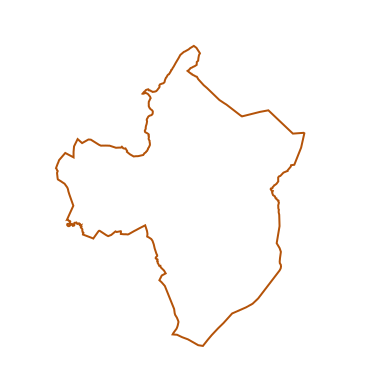 Bagudu, Kebbi, Nigeria (Natural Earth projection), rotated 222°
{"feature_id": "59680162B25890229119009", "entity_name": "Bagudu", "entity_type": "district", "adm_level": 2, "iso_a3": "NGA", "parent_name": "Nigeria", "parent_adm1": "Kebbi", "projection": "natural_earth1", "projection_center": [4.112, 11.314], "detail": "fine", "context": "isolated", "style": "outline", "palette": "amber", "viewbox_px": 384, "rotation_deg": 222, "n_neighbors": 0, "source": "geoboundaries", "source_scale": "gbopen_adm2", "svg_char_len": 5906}
<svg xmlns="http://www.w3.org/2000/svg" viewBox="0 0 384 384"><g transform="rotate(222 192 192)"><path d="M158.6,109.7L157.2,104.6L154.3,104.6L149.3,104.0L127.0,93.1L123.7,90.3L122.2,89.4L119.1,88.5L116.4,87.2L115.1,86.4L113.2,83.1L112.5,81.5L112.0,80.0L111.8,77.8L111.6,75.9L111.4,74.4L111.1,73.2L109.5,74.4L107.6,75.9L102.2,77.5L96.4,79.8L84.9,82.3L80.9,84.9L81.4,92.7L81.6,98.9L81.4,108.2L80.9,115.7L80.9,128.6L74.7,142.3L72.2,149.5L71.6,157.2L74.4,192.3L75.0,194.6L76.0,196.2L77.4,197.4L79.0,197.8L80.3,199.0L82.4,201.8L85.9,207.0L89.3,208.9L94.8,210.6L104.1,225.2L112.0,233.5L113.9,234.8L115.0,236.0L115.5,236.9L116.6,237.4L117.5,238.2L118.1,238.9L118.8,239.5L119.4,240.5L119.7,241.2L120.2,242.1L120.6,242.5L121.5,242.6L122.0,243.5L123.0,243.3L124.4,243.2L124.9,243.3L125.1,243.7L126.0,243.4L127.5,244.2L129.7,243.9L132.0,245.1L132.3,246.1L132.6,246.7L133.2,246.1L135.5,246.8L135.7,247.4L134.8,248.6L135.3,249.6L135.2,251.1L135.4,251.9L135.0,252.9L134.7,254.6L134.8,255.9L135.0,257.6L136.0,258.6L137.7,260.5L137.8,261.8L137.1,263.1L137.0,267.6L135.4,271.0L135.0,271.5L135.4,272.0L135.6,277.0L136.3,278.2L134.2,280.7L140.6,298.0L147.8,310.8L148.6,310.7L156.1,302.9L189.9,303.8L195.1,297.0L205.4,281.7L205.8,281.8L206.2,281.7L206.5,281.4L224.9,280.0L227.7,279.5L233.2,278.7L250.4,279.3L254.8,279.2L262.8,280.0L265.5,280.9L267.0,280.2L267.7,280.2L268.7,279.9L269.2,279.7L270.0,279.6L270.3,279.4L271.4,279.6L271.8,279.3L272.2,279.2L272.7,279.3L273.1,279.2L274.1,279.1L274.7,279.1L276.3,279.0L276.2,279.5L275.9,280.9L276.0,281.6L275.9,282.3L276.0,283.1L275.4,284.2L274.9,285.8L274.2,287.3L273.6,289.6L275.4,291.8L275.3,293.7L276.9,295.9L278.4,298.4L278.9,300.4L285.2,302.1L288.4,301.8L289.7,297.5L289.9,295.8L291.4,291.4L291.8,290.7L292.4,286.0L291.6,282.7L290.5,277.1L289.5,272.8L289.3,271.2L288.8,269.5L289.1,269.0L288.9,268.4L288.4,267.3L288.4,266.3L288.0,265.1L288.1,264.6L287.9,264.1L288.2,263.5L288.3,262.5L287.8,260.4L287.7,259.9L287.8,259.4L287.5,258.6L287.2,257.7L286.7,256.5L286.2,255.8L285.9,255.0L286.1,253.6L286.9,252.3L287.8,250.5L287.5,249.2L286.5,248.5L286.2,247.3L286.2,246.3L286.1,245.2L286.0,244.4L286.1,243.0L286.8,241.7L287.7,240.7L288.1,240.1L288.6,240.0L289.2,239.9L289.6,239.6L290.1,239.6L290.6,239.6L291.1,239.4L291.4,239.1L292.1,238.7L292.6,239.1L293.2,239.1L293.4,238.8L293.6,238.5L293.8,238.2L294.3,237.3L294.5,236.7L294.3,236.1L294.6,234.4L294.5,232.0L294.1,232.2L293.9,232.8L293.5,233.2L292.9,234.3L292.5,234.7L291.8,235.0L290.3,235.3L289.8,235.3L289.4,235.2L287.0,234.8L286.3,234.5L285.5,234.0L285.4,233.2L285.0,232.0L284.8,231.3L284.5,230.2L283.3,228.7L282.9,228.3L282.2,227.7L281.8,227.0L280.0,226.1L279.2,226.1L278.4,225.8L277.1,226.0L276.5,226.0L275.8,225.9L275.1,225.7L274.4,224.9L273.8,224.1L273.5,223.4L273.6,222.9L273.5,222.1L274.0,221.3L274.4,220.7L274.9,219.2L274.8,218.1L274.5,217.1L274.3,216.0L274.1,215.6L273.7,215.1L272.8,214.6L272.2,213.7L271.6,212.8L271.1,211.9L270.5,210.5L270.0,209.6L269.6,209.1L269.4,208.7L268.9,208.3L268.7,207.9L268.6,207.6L268.3,207.1L268.3,206.5L268.1,206.0L267.7,205.6L267.2,205.4L267.0,205.2L266.5,205.2L265.1,205.6L263.1,205.9L262.6,205.8L262.0,204.7L261.6,204.8L261.3,204.5L260.7,203.9L260.3,203.1L259.9,202.6L259.2,202.1L257.8,201.7L257.0,200.8L256.5,200.5L255.8,199.9L255.0,199.1L254.6,198.5L254.4,197.8L254.3,197.4L254.1,196.8L253.9,196.3L253.9,195.5L253.6,194.5L253.3,194.2L253.3,193.8L252.9,192.5L253.1,191.3L252.9,190.8L253.0,189.9L253.3,189.1L253.0,186.9L256.0,182.6L257.7,181.0L259.1,179.4L263.3,178.5L267.3,178.3L267.7,179.1L270.0,179.7L270.6,179.9L271.0,179.2L272.3,178.5L274.4,178.7L274.5,177.5L275.8,176.3L278.1,174.0L284.2,171.3L287.5,168.5L290.7,165.5L292.5,164.9L302.2,163.2L304.1,161.7L306.4,154.8L312.4,154.8L310.2,147.0L306.9,142.6L303.2,138.5L312.3,136.2L312.1,126.7L311.2,124.6L310.7,123.0L309.0,118.7L308.5,118.7L306.6,117.8L305.8,117.7L305.1,115.9L301.2,112.4L300.1,111.6L295.8,112.4L295.3,112.4L292.3,112.9L287.7,111.9L286.1,111.1L284.2,109.7L281.3,108.0L271.0,102.4L268.7,95.1L266.4,87.9L266.1,88.4L265.9,88.5L265.7,88.5L265.5,88.4L265.4,88.1L265.1,88.2L264.8,88.2L264.5,88.1L264.3,88.1L264.0,88.3L263.7,88.6L263.3,88.5L263.1,88.7L262.9,88.7L262.7,88.6L262.5,88.2L262.3,87.8L262.2,87.4L261.8,87.0L261.9,86.7L262.1,86.4L262.5,85.6L262.8,85.4L263.0,85.2L263.2,84.8L263.0,84.3L262.4,83.8L261.2,83.8L260.5,84.4L260.4,84.7L260.4,85.4L260.0,85.9L259.9,86.1L259.9,86.4L260.0,86.6L260.3,86.7L260.4,87.0L260.3,87.5L260.2,87.7L260.0,87.9L259.9,88.0L259.7,87.9L259.0,87.9L258.5,87.6L258.3,87.5L258.0,87.3L257.8,87.2L257.3,88.0L257.5,88.3L257.3,88.6L257.4,88.9L257.9,89.3L258.3,89.4L258.5,89.6L258.6,89.9L258.7,90.2L258.7,90.5L258.2,90.9L257.9,91.4L257.7,91.6L257.5,92.0L257.1,92.0L256.5,91.6L256.3,91.6L256.0,91.5L255.8,91.6L255.5,91.9L255.1,92.4L255.1,93.0L254.8,93.2L254.5,93.1L254.1,93.3L253.9,93.3L253.3,92.3L253.1,92.2L252.8,92.2L252.5,92.4L252.2,93.0L252.1,92.6L251.9,92.5L251.6,92.5L251.3,92.6L251.1,92.6L251.0,92.4L250.9,92.2L251.0,91.6L250.9,91.3L250.6,91.2L249.9,91.2L249.1,91.1L248.5,90.9L248.0,90.3L247.6,89.8L247.4,89.6L246.8,89.5L246.5,89.3L246.4,89.0L246.2,88.9L245.9,88.8L245.5,89.0L245.3,89.0L245.0,88.3L244.9,87.7L244.6,87.4L236.4,90.6L234.2,91.4L234.3,91.9L235.2,99.9L235.2,100.6L235.1,101.0L234.6,101.4L226.7,102.6L224.8,103.1L223.3,106.0L222.5,111.5L221.2,111.9L218.7,115.2L218.4,115.1L216.8,113.2L214.2,115.1L213.6,115.7L213.4,115.8L213.2,116.1L211.3,117.5L210.9,118.1L210.2,120.2L208.6,125.0L208.4,125.4L206.8,129.9L204.5,135.9L199.3,132.9L197.0,131.0L195.5,128.9L193.5,129.4L190.8,129.8L188.7,129.3L185.4,127.5L182.0,125.1L177.1,122.3L175.7,121.8L175.1,121.2L175.1,119.1L174.7,118.5L173.8,118.4L172.8,118.8L172.5,118.8L172.2,118.6L172.3,118.1L172.2,118.0L171.8,117.9L171.6,117.6L171.5,117.2L171.2,117.1L171.0,117.3L170.8,117.3L170.7,117.0L170.0,116.3L169.7,116.3L166.8,115.2L166.1,116.0L164.9,115.1L160.2,114.9L157.1,113.9L158.6,109.7Z" fill="none" stroke="#b45309" stroke-width="2"/></g></svg>